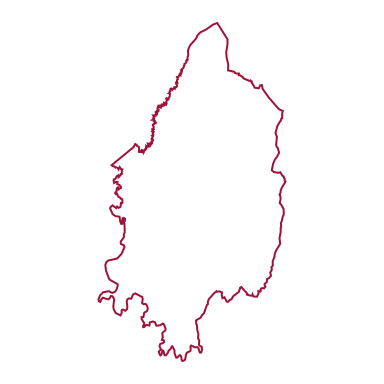 the district of Renu Nakhon, Nakhon Phanom, Thailand
{"feature_id": "78962969B93131496494320", "entity_name": "Renu Nakhon", "entity_type": "district", "adm_level": 2, "iso_a3": "THA", "parent_name": "Thailand", "parent_adm1": "Nakhon Phanom", "projection": "equal_earth", "projection_center": [104.629, 17.057], "detail": "fine", "context": "isolated", "style": "outline", "palette": "rose", "viewbox_px": 384, "rotation_deg": 0, "n_neighbors": 0, "source": "geoboundaries", "source_scale": "gbopen_adm2", "svg_char_len": 6020}
<svg xmlns="http://www.w3.org/2000/svg" viewBox="0 0 384 384"><path d="M197.6,35.2L195.9,38.7L190.1,45.3L188.7,48.4L187.9,51.0L188.3,55.6L187.6,56.8L187.5,60.0L186.8,60.0L186.7,61.0L186.2,61.1L186.2,62.5L184.3,64.1L184.6,65.1L183.7,66.0L183.8,67.2L182.4,69.1L181.9,69.1L182.0,70.4L181.3,70.4L181.8,71.2L181.1,71.9L181.6,72.2L181.1,73.9L180.2,73.8L180.4,75.3L179.4,74.8L178.6,76.8L177.0,77.0L177.9,79.3L177.0,80.1L177.0,82.1L176.3,82.1L176.0,82.8L176.1,83.6L177.0,83.6L176.5,84.1L177.0,86.1L176.2,87.3L175.3,87.5L174.9,86.4L174.8,88.4L174.1,87.8L174.0,88.6L172.9,89.1L172.2,88.8L172.2,89.5L171.3,88.6L170.6,88.8L170.9,89.7L170.0,90.3L170.3,91.0L169.6,91.4L169.7,92.5L168.8,93.3L170.0,93.7L169.7,96.5L168.0,98.9L168.4,99.4L168.0,99.7L166.8,98.2L166.1,98.6L166.9,100.1L166.3,101.9L165.4,102.5L165.6,103.1L166.6,103.4L166.1,104.9L164.7,104.5L163.8,103.3L163.4,104.7L164.2,105.0L163.7,105.7L162.7,106.0L162.8,104.4L161.6,104.5L161.0,107.0L160.1,105.7L158.9,105.6L159.3,107.3L157.9,106.8L157.9,107.9L157.4,108.3L157.7,109.7L158.6,109.9L158.5,110.9L158.1,111.5L156.8,111.0L155.6,112.0L155.8,112.9L157.0,112.9L157.0,114.5L155.8,114.6L155.6,115.6L154.6,115.2L154.5,116.4L153.4,115.9L153.8,116.8L153.4,117.7L153.7,118.4L152.7,119.5L154.0,119.2L153.7,120.8L154.8,120.8L154.9,121.6L155.9,122.5L155.6,123.4L154.4,122.9L154.0,124.0L152.9,124.6L153.0,125.7L153.7,126.6L153.5,128.4L152.8,128.7L153.6,129.3L152.3,130.1L153.4,131.2L152.3,131.7L153.4,132.8L152.7,133.5L153.4,135.1L153.3,135.8L152.1,135.8L152.8,136.8L151.9,138.4L152.7,139.2L151.8,139.8L152.9,140.8L151.8,141.6L152.1,143.4L150.9,144.5L150.5,143.8L150.3,145.0L149.2,143.7L147.9,143.5L149.3,146.4L148.7,146.6L148.1,145.6L147.1,145.8L146.7,147.4L146.1,146.4L145.6,149.8L145.2,150.1L144.9,149.4L143.8,150.9L143.8,151.7L143.3,151.4L143.1,152.4L142.4,151.1L142.8,150.4L141.8,150.0L140.6,151.6L141.0,152.0L138.9,151.9L139.2,149.7L138.8,146.8L136.6,145.6L136.5,144.7L135.2,144.0L133.5,147.2L111.6,165.2L112.6,166.2L114.5,166.4L115.4,167.6L116.3,167.3L118.0,168.2L118.5,169.3L119.7,167.1L120.9,169.0L122.4,169.4L121.8,170.4L121.8,173.9L120.9,174.0L120.6,175.2L118.5,177.2L118.4,175.2L116.6,176.4L115.4,178.9L113.8,179.4L113.6,180.7L114.1,183.0L115.7,181.9L117.6,182.1L117.1,184.0L119.5,185.0L121.0,187.0L120.9,188.2L119.7,188.4L118.6,189.6L117.7,189.2L118.1,187.4L117.4,187.5L116.6,189.2L116.5,192.3L115.4,192.3L115.2,192.9L115.8,194.2L117.2,194.1L118.3,196.8L120.4,197.7L120.6,198.7L122.2,199.2L122.5,202.8L121.8,203.4L121.0,203.1L120.5,206.8L118.4,207.9L117.1,206.6L116.2,208.1L112.5,205.4L110.4,207.3L110.1,208.4L112.7,214.2L115.5,216.1L119.5,216.7L120.2,221.5L121.2,223.9L122.4,223.7L122.0,221.2L122.6,218.3L123.8,217.9L125.1,218.9L124.9,220.7L123.4,220.1L122.9,220.7L124.5,223.8L124.7,232.2L123.8,234.4L123.9,237.3L121.1,241.0L120.6,242.5L121.0,244.0L123.9,245.3L124.5,247.1L121.4,254.1L117.0,258.6L108.2,260.5L106.6,261.9L105.3,264.9L106.0,270.6L109.0,278.7L110.4,280.1L117.7,284.2L117.7,285.8L116.4,289.8L114.9,291.8L112.9,292.8L111.5,292.7L108.9,291.2L103.2,292.2L100.2,295.2L98.5,299.2L98.9,301.3L100.2,301.9L101.4,299.2L102.8,297.7L108.1,299.4L109.2,298.8L111.0,296.0L112.1,296.1L113.3,297.4L114.1,299.6L113.3,306.6L113.7,309.3L115.7,313.0L120.5,315.4L121.7,313.0L121.6,310.8L122.1,309.8L123.1,309.6L125.3,310.8L126.9,309.2L127.4,307.0L126.7,301.6L127.3,299.4L129.0,298.4L131.2,298.7L133.1,294.4L135.3,293.4L142.4,297.2L142.7,299.6L142.0,302.9L143.5,304.2L145.4,303.9L146.2,304.4L147.2,306.2L147.8,309.0L146.9,311.2L144.2,312.7L143.4,317.0L141.6,317.1L141.6,319.1L144.2,323.1L144.0,324.4L143.1,325.7L143.2,327.1L144.1,327.1L146.2,324.9L149.4,325.5L149.8,322.4L153.0,321.5L154.9,322.2L156.5,325.7L160.0,325.3L162.9,323.5L163.9,324.3L165.6,328.7L165.3,330.4L162.7,332.5L162.3,333.6L162.8,337.2L161.9,339.9L163.9,340.5L164.1,342.0L162.8,343.2L160.4,343.8L159.6,345.3L159.7,346.7L160.9,349.3L158.8,351.7L159.8,354.8L160.6,355.4L161.3,354.8L162.5,350.4L163.5,351.0L164.5,355.2L166.0,355.3L167.8,352.8L168.6,350.6L170.5,349.1L171.8,346.5L172.4,346.3L174.5,350.4L174.5,353.1L176.1,357.5L177.1,357.7L179.5,355.2L180.2,355.2L181.1,356.5L181.7,360.1L182.4,361.0L184.2,360.4L185.2,359.4L186.0,354.4L186.9,352.7L190.3,351.0L190.7,349.6L190.5,346.2L191.2,345.5L194.9,347.3L197.6,347.2L198.3,347.9L199.8,352.5L200.7,352.7L201.4,352.1L202.0,349.7L201.7,346.8L199.6,345.7L198.9,344.4L199.3,340.4L198.0,338.3L198.4,334.2L197.2,329.6L197.0,325.6L196.2,323.6L196.0,320.4L200.6,317.7L202.1,315.0L203.9,313.4L206.9,305.1L207.9,304.1L207.8,301.9L208.8,299.2L213.6,293.7L216.5,291.2L216.9,291.8L219.3,291.4L222.0,292.4L221.7,295.0L222.5,298.2L224.5,297.3L226.7,301.7L228.2,301.8L229.5,300.0L231.4,299.4L233.2,296.2L238.9,291.8L239.6,289.2L240.1,288.7L240.0,287.9L241.3,287.0L247.2,293.6L246.9,294.6L250.8,295.7L252.4,295.4L252.6,294.6L253.4,296.5L257.0,296.7L258.6,293.3L258.3,291.1L260.3,291.6L260.8,291.0L260.6,289.6L260.9,288.6L262.9,288.0L264.0,288.4L265.5,286.7L264.6,285.1L264.6,283.9L266.8,282.0L267.1,279.0L269.0,278.1L271.0,275.7L270.2,272.4L271.6,270.4L271.8,268.3L271.4,267.2L272.8,265.6L272.7,261.3L274.6,256.3L274.6,254.6L275.8,251.0L280.2,243.8L279.5,238.1L280.7,231.8L280.7,227.6L281.2,226.8L280.9,223.1L281.7,221.4L282.9,216.1L283.7,214.7L283.8,212.9L283.5,208.8L281.2,204.7L279.7,203.1L280.6,199.1L280.3,196.1L279.5,194.7L280.5,192.9L280.7,190.5L282.0,187.5L285.5,181.6L284.7,180.6L284.8,179.0L283.8,177.8L283.7,176.5L282.4,175.8L280.3,172.3L278.2,172.8L274.0,172.1L271.8,170.3L273.1,163.8L274.8,159.7L277.0,156.8L279.1,152.7L277.8,148.0L276.8,147.0L276.1,144.9L276.9,137.0L275.5,133.0L277.4,125.9L280.1,121.3L280.7,121.0L281.4,118.4L282.2,118.3L282.2,113.4L282.8,110.9L279.0,109.3L268.5,97.2L262.6,88.8L261.9,85.1L260.2,85.3L258.8,88.3L254.7,87.7L252.8,84.1L251.8,83.2L251.8,81.5L251.0,81.4L250.5,80.4L249.5,80.9L243.4,78.4L243.1,77.3L239.9,75.2L238.8,75.2L238.9,73.5L236.4,73.5L234.6,72.8L234.4,71.8L228.1,70.4L228.2,64.4L226.6,57.5L226.2,52.2L227.5,44.4L227.5,39.3L217.2,23.0L212.9,24.7L205.9,29.6L200.1,32.5L197.6,35.2Z" fill="none" stroke="#9f1239" stroke-width="2"/></svg>